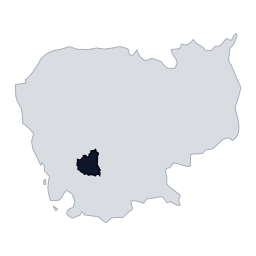 Aoral, Kâmpóng Spœ, Cambodia shown in context
{"feature_id": "14789045B24826472833777", "entity_name": "Aoral", "entity_type": "district", "adm_level": 2, "iso_a3": "KHM", "parent_name": "Cambodia", "parent_adm1": "Kâmpóng Spœ", "projection": "albers", "projection_center": [104.049, 11.778], "detail": "fine", "context": "in_parent", "style": "filled", "palette": "ink", "viewbox_px": 256, "rotation_deg": 0, "n_neighbors": 0, "source": "geoboundaries", "source_scale": "gbopen_adm2", "svg_char_len": 6262}
<svg xmlns="http://www.w3.org/2000/svg" viewBox="0 0 256 256"><path d="M236.3,33.5L237.0,35.9L235.3,40.5L233.4,44.7L229.9,48.3L229.7,51.0L228.6,58.9L229.1,61.5L230.0,63.6L231.1,64.8L234.3,72.5L237.2,79.5L240.1,85.3L240.6,88.9L238.2,98.3L235.3,106.9L235.6,111.1L237.0,115.4L238.4,121.0L239.0,128.3L238.3,133.0L237.0,136.0L234.4,139.1L232.2,140.6L229.5,138.1L227.3,138.0L224.4,138.8L222.2,140.0L217.6,144.5L212.5,148.9L205.4,150.0L202.7,153.3L199.7,153.7L194.1,153.9L190.4,154.7L190.6,156.3L190.3,163.9L190.4,165.7L189.9,166.2L187.3,166.4L183.0,165.3L177.1,163.5L173.0,163.2L170.9,166.5L169.6,167.8L168.0,168.0L166.4,168.6L165.8,170.1L165.7,172.0L166.5,175.1L166.9,180.1L166.7,183.6L168.2,185.7L177.2,192.9L179.9,194.7L180.2,195.8L178.6,199.8L180.1,205.3L177.3,205.3L172.6,202.9L170.3,201.5L167.6,202.6L166.7,202.4L164.8,199.7L162.4,196.9L160.0,196.7L154.7,197.9L149.4,198.7L147.4,198.7L146.6,199.2L143.5,203.4L142.2,202.6L136.8,201.1L131.9,200.5L130.9,201.6L131.5,205.0L132.6,208.3L132.0,209.7L129.3,211.4L125.8,214.6L123.6,217.0L122.1,217.6L116.6,217.5L111.2,217.9L109.1,220.2L107.1,222.0L105.3,222.5L98.2,216.8L84.2,214.8L82.7,212.3L81.4,211.8L80.1,215.1L72.4,218.2L69.1,216.3L66.8,214.0L67.1,211.2L69.4,208.9L73.2,207.3L75.0,201.5L72.1,194.1L69.5,192.0L66.8,190.2L64.0,193.0L61.6,197.7L59.1,200.1L55.6,200.6L50.5,200.4L48.5,193.4L47.9,187.4L48.6,180.5L49.4,176.5L44.5,170.8L44.2,165.5L41.9,162.7L41.1,164.1L41.2,165.6L40.5,164.5L32.8,148.8L31.6,141.5L32.9,136.0L33.7,134.1L31.5,131.1L28.4,127.8L22.8,123.4L22.5,116.4L21.3,108.2L19.6,105.5L17.1,100.4L15.8,96.2L15.4,85.2L16.1,84.3L20.0,84.0L25.0,83.3L25.9,81.5L25.0,80.0L28.2,77.5L32.9,72.1L36.5,66.4L39.0,62.8L40.6,59.2L45.8,54.2L52.9,50.7L57.8,49.9L62.9,48.7L67.7,47.0L70.0,46.8L76.0,48.9L79.2,49.4L82.7,49.4L86.2,49.6L89.3,49.4L96.6,48.0L104.4,49.1L111.4,48.2L120.0,46.5L124.3,47.6L128.2,49.2L128.7,52.6L129.6,54.1L130.9,55.3L132.6,55.3L134.8,52.9L136.6,50.5L137.2,50.0L137.3,51.2L138.3,53.8L139.9,56.4L141.6,58.1L144.4,60.4L146.2,60.5L152.1,58.3L160.9,61.4L162.0,62.9L164.9,66.1L168.0,68.3L174.9,68.4L177.3,62.8L176.1,59.4L172.1,53.5L171.0,50.0L172.3,49.4L178.9,48.7L180.0,48.0L181.5,44.1L183.3,44.5L187.0,45.0L190.9,42.3L193.1,39.5L194.4,40.8L195.8,42.7L197.3,43.8L200.2,45.5L203.3,47.8L205.2,50.1L206.8,50.9L210.7,50.3L211.8,50.3L214.1,47.5L215.7,46.0L217.0,46.4L219.0,46.3L223.1,42.7L225.4,39.5L226.7,38.6L230.4,40.2L231.9,39.8L234.0,35.3L236.3,33.5ZM45.9,184.1L45.2,184.5L44.4,184.5L43.7,183.9L43.8,181.4L44.3,179.8L45.6,179.5L45.9,184.1ZM57.6,209.0L56.0,210.7L53.5,207.2L53.5,206.2L57.6,209.0Z" fill="#d9dde1" stroke="#a8b0b8" stroke-width="1"/><path d="M95.5,149.5L95.2,149.7L95.1,149.8L94.7,150.6L94.8,151.1L94.7,151.2L94.4,151.2L94.1,150.9L93.9,150.7L93.7,150.7L93.4,150.7L93.2,150.7L93.2,150.9L93.1,151.0L92.8,151.0L92.5,150.9L92.3,150.8L91.9,150.8L91.7,150.9L91.4,151.2L91.0,151.2L90.9,151.2L91.1,151.6L91.1,151.9L91.1,152.1L91.0,152.4L90.9,152.6L90.9,152.8L90.8,153.0L90.7,153.3L90.8,153.5L90.7,153.7L90.4,153.5L90.1,153.7L90.2,153.9L90.1,154.2L90.0,154.3L89.7,154.3L89.6,154.2L89.4,154.3L89.1,154.8L89.3,155.1L89.4,155.5L89.7,156.1L89.5,156.3L89.2,156.4L88.9,156.3L88.7,156.5L88.4,156.6L88.1,156.9L88.0,157.0L87.8,157.2L87.7,157.2L87.2,157.1L86.9,157.1L86.6,157.2L86.5,156.9L86.4,156.8L86.3,156.6L86.1,156.4L86.0,156.1L86.0,155.9L85.8,155.7L85.4,155.7L85.2,155.6L84.9,155.6L84.7,155.4L84.4,155.4L84.3,155.5L84.2,155.5L83.7,155.9L83.4,155.9L83.4,156.0L83.4,156.3L83.4,156.8L83.4,157.0L83.5,157.1L83.6,157.3L83.4,157.4L83.3,157.5L83.2,157.7L82.9,157.7L82.7,157.8L82.4,157.9L82.1,158.3L81.9,158.4L81.9,158.5L81.7,158.7L81.6,158.9L81.5,159.0L81.6,159.5L81.3,159.5L81.2,159.6L80.5,159.8L80.2,160.0L79.7,160.1L79.3,160.0L79.0,159.9L78.8,159.9L78.6,159.9L78.4,159.7L78.1,159.6L77.8,159.4L77.7,159.4L77.7,159.5L77.6,159.9L77.5,160.2L77.6,160.4L77.6,160.5L77.7,161.2L77.8,161.4L78.0,161.5L78.1,162.0L78.0,162.3L77.4,162.6L77.2,162.8L77.2,163.0L77.3,163.2L77.3,163.3L77.5,163.6L77.6,163.8L77.5,164.1L77.4,164.2L77.3,164.3L77.3,164.5L77.2,165.1L77.3,165.5L77.6,165.9L77.9,166.2L78.3,166.5L78.4,166.9L78.4,167.0L78.5,167.3L78.4,167.4L78.5,167.5L78.4,167.8L78.2,168.0L78.1,168.7L78.2,169.0L78.1,169.4L78.3,169.4L78.6,169.4L78.8,169.5L79.0,169.6L79.3,169.7L79.4,169.9L79.5,170.0L79.8,170.1L80.0,170.6L80.3,170.8L80.6,170.9L80.7,171.0L80.9,171.1L81.0,171.2L81.1,171.3L81.0,171.6L81.6,171.9L81.8,171.8L82.1,172.2L82.8,172.3L83.1,172.5L83.3,172.6L83.4,173.0L83.6,173.3L83.8,173.2L83.9,173.5L84.0,173.8L84.3,174.1L84.5,174.1L84.8,174.0L84.9,173.9L85.0,174.0L85.3,173.9L85.6,173.7L85.8,173.7L86.0,173.6L86.1,173.8L86.4,173.7L86.5,173.6L86.8,173.5L87.0,173.5L87.4,173.8L87.5,173.9L87.6,174.0L87.8,174.2L88.0,174.7L88.1,174.8L88.5,175.0L88.9,174.9L89.2,175.0L89.3,174.9L89.8,174.8L89.9,174.7L90.3,174.4L90.5,174.4L90.8,174.5L91.2,174.6L91.3,174.6L91.5,174.4L91.8,174.3L92.0,174.3L92.3,174.6L92.5,174.7L92.8,174.9L93.0,174.9L93.4,174.9L93.5,174.9L93.7,175.0L93.7,174.9L93.8,175.0L94.0,175.1L94.3,175.3L94.4,175.2L94.5,175.3L94.7,175.5L94.8,175.5L95.0,175.6L95.3,175.7L95.5,175.4L95.7,175.1L95.8,175.0L95.9,174.9L96.1,174.6L96.4,174.5L96.4,174.4L96.5,174.3L96.5,174.2L96.8,174.2L97.0,174.0L97.1,173.9L97.3,173.9L97.4,173.7L97.5,173.6L98.0,173.5L97.9,173.7L97.9,173.8L97.9,174.1L98.0,174.1L98.1,174.3L98.4,174.3L98.6,174.2L98.7,174.3L98.7,174.2L98.8,174.1L99.0,174.1L99.2,174.3L99.4,174.4L99.4,174.5L99.6,174.8L99.6,174.7L99.6,174.4L99.6,174.2L99.9,173.7L99.8,173.4L99.8,173.2L99.8,172.9L99.9,172.7L99.6,172.5L99.5,172.4L99.4,172.3L99.3,172.2L99.1,171.9L98.7,171.7L98.8,171.4L98.9,171.1L99.0,171.0L99.1,170.8L99.4,170.7L99.5,170.6L99.9,170.5L99.9,170.4L99.9,170.2L100.0,170.0L99.7,169.9L99.3,169.9L99.1,169.8L99.0,169.5L99.0,169.3L99.1,168.8L99.2,168.3L99.2,168.1L98.9,168.0L98.5,167.6L98.3,167.4L98.3,167.2L98.3,166.7L98.2,166.5L98.1,166.3L97.8,165.9L97.6,165.8L97.4,165.8L97.2,165.7L96.9,165.2L96.7,165.0L96.6,164.7L96.7,164.4L96.8,164.2L97.1,164.0L97.3,163.9L97.4,155.4L97.5,155.3L97.7,155.1L97.9,154.8L98.1,154.5L98.2,154.3L98.2,153.9L98.2,153.6L98.0,153.4L98.0,153.1L97.9,153.0L97.9,152.8L97.7,152.6L97.2,152.6L96.9,152.4L96.5,152.3L96.4,152.2L96.2,151.9L96.0,151.4L95.9,151.2L95.9,150.8L95.8,150.7L95.7,150.6L95.7,150.4L95.7,150.2L95.6,149.9L95.5,149.5Z" fill="#0f172a" stroke="#020617" stroke-width="1.5"/></svg>